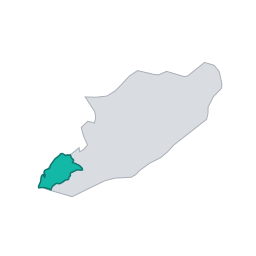 Jamaica, with Saint Thomas highlighted, rotated 132°
{"feature_id": "JAM-1383", "entity_name": "Saint Thomas", "entity_type": "Parish", "adm_level": 1, "iso_a3": "JAM", "parent_name": "Jamaica", "parent_adm1": "", "projection": "equal_earth", "projection_center": [-76.493, 17.967], "detail": "fine", "context": "in_parent", "style": "filled", "palette": "teal", "viewbox_px": 256, "rotation_deg": 132, "n_neighbors": 0, "source": "natural_earth", "source_scale": "10m", "svg_char_len": 1930}
<svg xmlns="http://www.w3.org/2000/svg" viewBox="0 0 256 256"><g transform="rotate(132 128 128)"><path d="M128.2,83.9L140.0,88.5L152.2,91.0L157.5,91.1L162.4,92.6L173.6,103.8L182.5,109.9L216.5,123.6L227.9,147.3L230.0,154.7L221.2,159.1L210.2,160.6L199.6,160.8L189.8,156.3L185.6,152.8L175.4,151.2L177.9,148.0L173.4,146.5L167.7,146.8L163.6,155.9L158.9,163.1L150.0,162.4L146.6,156.3L141.9,159.0L138.1,163.6L133.6,180.6L126.3,172.1L118.4,165.1L108.5,162.2L88.4,161.7L79.0,159.4L71.1,145.0L68.1,140.9L60.1,137.2L52.3,120.8L49.5,118.5L28.1,115.0L23.8,106.0L25.1,97.9L32.3,87.9L35.7,85.1L47.6,85.5L58.8,82.5L63.8,78.2L69.0,75.4L109.8,82.6L119.3,82.7L128.2,83.9Z" fill="#d9dde1" stroke="#a8b0b8" stroke-width="1"/><path d="M225.6,143.9L226.3,146.3L227.8,149.4L229.6,151.9L232.2,154.4L231.2,155.5L226.2,157.1L222.7,159.6L220.7,160.3L218.9,159.8L219.6,159.1L219.9,158.7L220.3,157.1L218.5,157.9L217.0,160.9L215.3,161.5L213.8,161.0L212.0,160.0L210.2,159.4L207.3,160.8L199.7,161.6L194.3,160.6L193.5,160.6L192.8,160.8L192.0,160.7L191.0,159.8L190.6,158.6L190.4,157.1L190.1,155.8L189.3,155.2L188.5,154.9L188.0,154.2L187.6,153.3L187.0,152.6L186.7,152.6L187.3,151.4L187.9,150.5L188.0,150.1L188.1,149.5L188.0,148.3L188.1,147.5L188.6,146.7L188.9,146.5L189.3,146.4L190.3,146.5L190.6,146.4L190.7,146.2L190.7,145.7L190.4,145.0L189.7,143.7L189.5,143.3L189.0,140.8L188.7,140.3L188.5,139.5L188.4,138.7L188.4,136.8L188.5,135.7L188.7,134.9L189.6,133.8L191.4,135.4L192.1,136.7L192.3,136.9L192.5,137.2L193.2,137.7L193.9,138.2L198.5,140.0L199.2,140.5L199.5,140.6L200.0,140.5L200.8,140.1L201.2,139.8L201.6,139.3L201.8,139.1L202.0,138.9L202.4,138.9L203.8,138.9L204.3,138.8L204.6,138.7L205.3,138.2L205.7,137.9L206.1,138.0L206.6,138.1L208.7,139.7L211.9,140.3L214.8,141.4L215.3,141.7L215.5,141.9L215.7,142.1L216.3,143.3L216.6,143.7L216.9,144.1L218.2,144.5L221.8,145.1L222.8,145.0L225.5,143.9L225.6,143.9Z" fill="#14b8a6" stroke="#0f766e" stroke-width="1.5"/></g></svg>